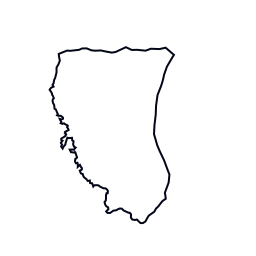 Ora, Larnaca, Cyprus (orthographic projection), rotated 249°
{"feature_id": "46923920B82922996247104", "entity_name": "Ora", "entity_type": "district", "adm_level": 2, "iso_a3": "CYP", "parent_name": "Cyprus", "parent_adm1": "Larnaca", "projection": "orthographic", "projection_center": [33.206, 34.856], "detail": "fine", "context": "isolated", "style": "outline", "palette": "ink", "viewbox_px": 256, "rotation_deg": 249, "n_neighbors": 0, "source": "geoboundaries", "source_scale": "gbopen_adm2", "svg_char_len": 2344}
<svg xmlns="http://www.w3.org/2000/svg" viewBox="0 0 256 256"><g transform="rotate(249 128 128)"><path d="M172.3,66.3L171.8,66.6L171.2,67.3L168.6,67.3L166.1,67.5L165.3,66.3L164.2,67.6L163.5,69.6L161.1,71.0L159.9,70.6L159.8,69.0L161.0,67.5L159.8,67.5L157.4,68.0L156.6,66.9L155.4,68.1L155.3,69.9L153.7,70.9L152.4,72.3L151.5,72.6L150.7,71.4L148.6,71.9L147.4,71.8L146.9,67.8L145.6,67.9L145.5,67.3L144.0,67.9L142.9,66.3L142.4,64.3L142.3,63.0L141.9,61.8L140.4,61.4L139.6,62.3L138.2,60.0L136.1,60.5L134.7,58.9L132.2,59.6L133.8,61.2L134.4,62.6L135.0,63.6L135.9,64.1L136.7,64.6L138.3,65.9L140.7,67.9L139.9,68.8L138.9,72.2L136.4,71.5L135.2,72.4L133.7,71.7L132.9,71.1L131.7,70.8L130.7,71.0L129.9,70.9L128.5,72.1L127.2,69.7L128.7,65.9L125.9,66.1L124.1,69.4L124.6,69.9L124.0,70.1L120.7,69.9L118.8,69.9L118.1,68.7L118.1,67.8L116.5,66.8L115.3,66.5L113.7,66.8L113.6,68.3L112.5,68.2L110.8,67.7L109.7,67.2L110.8,69.9L108.6,70.1L107.0,70.6L105.7,69.9L105.5,67.7L102.5,67.7L101.2,69.3L99.7,69.0L97.8,69.3L95.2,70.8L92.9,71.5L92.7,73.5L90.1,72.9L89.3,74.7L85.8,74.6L86.6,76.1L86.1,77.7L85.1,79.8L83.3,80.9L80.4,83.6L79.7,85.4L78.2,86.3L76.4,86.7L74.4,85.6L74.8,84.6L73.2,83.4L69.9,82.1L68.3,81.3L67.2,79.5L64.5,79.3L62.9,79.6L61.0,81.0L59.2,80.6L57.9,77.7L56.1,78.4L55.1,80.9L56.1,84.7L55.4,87.6L55.7,88.9L55.8,91.5L54.9,93.3L52.5,94.4L48.7,98.1L48.3,99.2L46.4,99.9L45.4,99.5L43.3,98.6L41.0,99.2L39.6,101.6L39.4,103.5L37.7,104.2L34.8,105.6L33.9,107.8L34.5,110.8L36.5,113.1L38.7,115.9L39.5,118.9L40.4,122.6L42.7,125.2L44.0,128.3L46.3,132.0L47.5,134.1L48.4,137.9L50.7,138.5L54.3,139.2L62.5,146.4L69.7,150.0L76.6,150.0L84.7,150.1L95.2,149.3L101.4,149.1L113.0,150.1L121.1,153.7L130.6,158.7L138.8,162.2L148.2,167.4L155.2,173.8L157.8,175.9L160.3,177.8L165.1,181.0L171.4,186.4L178.1,194.8L179.8,197.1L189.5,191.9L190.4,185.7L193.8,177.7L193.9,172.1L197.7,164.6L199.5,159.5L204.2,155.0L203.4,143.7L204.2,139.9L207.3,134.8L210.1,130.5L212.0,124.9L213.7,121.6L217.1,118.0L218.7,113.7L218.5,110.4L220.7,101.9L222.1,98.8L222.0,89.9L219.5,89.2L215.3,88.5L215.2,88.4L212.4,85.9L210.1,83.0L205.3,81.1L200.7,77.8L199.5,76.4L196.4,74.5L195.3,73.0L193.3,73.3L193.2,70.9L192.6,69.7L191.7,68.5L189.9,69.0L187.7,69.4L186.1,69.1L184.7,69.4L182.3,69.4L181.7,68.1L180.4,67.3L178.2,67.0L175.8,67.3L174.5,66.9L172.9,66.5L172.3,66.3Z" fill="none" stroke="#020617" stroke-width="2"/></g></svg>